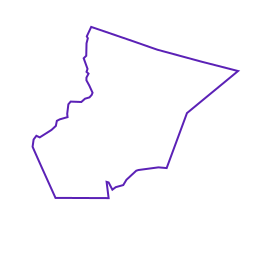 Montgomery, Texas, United States of America (Albers equal-area conic projection), rotated 109°
{"feature_id": "52423323B63190785401157", "entity_name": "Montgomery", "entity_type": "district", "adm_level": 2, "iso_a3": "USA", "parent_name": "United States of America", "parent_adm1": "Texas", "projection": "albers", "projection_center": [-95.471, 30.329], "detail": "fine", "context": "isolated", "style": "outline", "palette": "violet", "viewbox_px": 256, "rotation_deg": 109, "n_neighbors": 0, "source": "geoboundaries", "source_scale": "gbopen_adm2", "svg_char_len": 755}
<svg xmlns="http://www.w3.org/2000/svg" viewBox="0 0 256 256"><g transform="rotate(109 128 128)"><path d="M217.7,173.8L200.6,123.5L185.9,130.7L185.8,128.6L191.4,122.7L187.9,120.3L183.5,113.9L177.4,112.6L165.7,106.3L164.3,104.4L155.3,86.4L153.3,78.4L94.7,77.1L38.3,42.5L41.3,79.4L44.4,125.5L44.4,132.1L44.3,151.7L44.4,195.7L54.8,196.8L56.2,195.2L61.4,194.8L73.3,191.0L76.5,192.6L85.3,185.5L88.4,185.5L89.5,183.0L93.8,183.7L95.1,183.3L96.5,182.8L100.5,178.4L106.2,173.0L108.5,173.1L111.6,174.4L114.3,178.2L118.6,180.6L121.7,190.8L125.0,192.1L134.4,190.1L137.4,188.7L142.0,195.3L144.4,197.6L149.5,196.9L154.7,199.7L165.6,208.4L165.2,212.1L169.6,213.5L176.8,212.1L180.2,209.0L193.5,196.6L217.7,173.8Z" fill="none" stroke="#5b21b6" stroke-width="2"/></g></svg>